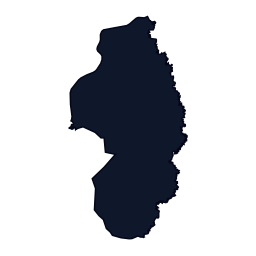 General Alvear, Corrientes, Argentina, rotated 178°
{"feature_id": "61730980B3479013569835", "entity_name": "General Alvear", "entity_type": "district", "adm_level": 2, "iso_a3": "ARG", "parent_name": "Argentina", "parent_adm1": "Corrientes", "projection": "mercator", "projection_center": [-56.591, -28.773], "detail": "fine", "context": "isolated", "style": "filled", "palette": "ink", "viewbox_px": 256, "rotation_deg": 178, "n_neighbors": 0, "source": "geoboundaries", "source_scale": "gbopen_adm2", "svg_char_len": 5646}
<svg xmlns="http://www.w3.org/2000/svg" viewBox="0 0 256 256"><g transform="rotate(178 128 128)"><path d="M115.6,18.5L116.3,19.1L115.6,20.1L115.8,21.1L115.6,21.5L114.2,21.3L111.7,21.8L111.0,23.3L111.0,23.7L111.9,23.7L111.8,24.9L111.4,25.1L110.7,24.5L109.9,24.7L110.4,25.4L110.3,26.0L109.1,26.7L109.1,27.2L108.4,27.8L108.7,28.6L108.5,29.5L106.9,28.6L104.7,30.3L105.2,31.6L105.1,32.4L105.8,32.7L104.4,35.8L102.5,37.7L101.2,37.0L100.4,37.9L100.3,41.9L99.8,43.5L100.0,44.2L101.7,45.5L102.5,45.5L102.9,46.3L100.5,47.2L101.3,48.2L102.2,47.8L102.9,48.5L101.7,51.1L100.3,50.9L99.6,51.8L99.8,52.3L100.7,52.0L101.5,52.2L98.1,53.9L97.9,53.4L98.7,52.8L97.9,52.6L97.0,53.6L96.4,53.3L96.3,52.7L97.4,52.5L96.4,51.7L95.7,53.1L95.9,53.8L95.4,53.9L95.1,53.4L95.2,52.7L92.7,52.1L92.3,52.4L92.3,53.2L91.8,53.3L91.3,52.8L91.0,53.3L90.9,53.8L91.6,54.5L91.1,54.7L91.0,55.4L90.3,54.7L89.7,55.2L89.6,55.6L90.2,55.9L89.6,56.2L88.0,56.1L87.1,56.7L86.8,57.3L87.1,57.3L87.0,58.1L86.4,58.5L86.0,58.2L85.4,59.2L85.0,59.0L85.2,58.5L84.6,58.2L83.0,58.9L84.7,61.9L83.9,62.3L83.5,62.0L82.9,62.7L83.7,64.1L83.3,64.2L83.5,64.7L82.7,65.0L82.5,64.5L81.8,65.0L80.9,64.9L80.6,65.2L81.2,66.3L80.0,66.7L79.8,67.2L81.8,69.5L81.3,70.8L80.6,71.0L80.6,72.5L81.4,72.4L81.5,72.8L82.9,73.2L83.1,73.9L82.9,74.3L82.2,74.4L81.4,75.9L81.5,77.4L80.9,78.7L81.3,79.5L81.2,81.1L79.9,80.5L78.6,81.4L78.4,81.7L78.9,82.0L78.9,82.8L78.4,83.6L80.0,84.2L80.1,84.8L81.4,84.9L82.0,85.4L81.4,86.5L82.8,87.1L82.9,87.6L82.3,87.9L82.5,88.9L83.5,89.0L84.3,89.7L84.5,91.9L85.2,92.2L85.9,91.6L86.6,91.6L86.5,92.5L87.3,92.1L87.4,92.9L88.1,93.0L88.0,93.5L86.4,94.2L85.4,95.4L85.2,96.8L84.8,97.3L84.9,98.2L84.2,98.4L84.0,99.0L84.0,99.9L84.5,100.4L84.4,102.4L83.5,103.4L80.7,102.6L80.9,101.6L81.6,102.1L82.3,101.6L82.6,101.2L82.3,100.6L80.5,100.8L79.3,101.5L79.4,101.9L79.9,101.8L79.4,102.5L78.2,103.0L78.2,103.4L79.4,102.9L80.2,103.1L80.3,103.5L78.5,104.2L79.2,104.8L79.0,105.4L77.6,106.3L77.9,105.0L76.6,104.8L76.3,106.5L76.9,107.1L76.5,107.5L75.2,107.5L75.0,107.8L75.6,108.7L75.1,109.1L74.3,108.9L74.2,109.5L73.6,110.0L72.6,109.6L72.6,110.2L73.9,110.7L72.5,111.0L71.8,112.3L71.4,112.2L71.5,113.0L72.1,113.1L72.0,113.5L71.1,113.6L70.0,113.2L69.9,113.6L70.7,113.9L70.8,114.7L71.2,115.1L71.0,115.4L70.4,114.8L70.0,114.9L70.6,116.3L70.5,116.7L69.5,116.6L69.2,118.0L69.7,118.7L71.3,118.1L70.8,119.7L71.9,119.9L71.7,119.1L72.1,119.0L72.7,119.6L73.9,119.6L73.6,120.8L75.0,121.2L74.7,122.7L73.9,123.5L74.0,124.0L75.1,123.9L75.3,124.2L74.3,125.2L74.3,125.6L75.1,125.9L75.0,126.3L75.5,126.9L75.4,127.3L73.4,127.1L72.9,128.1L72.1,128.0L71.5,128.6L71.2,127.6L70.7,127.9L70.6,128.6L70.7,129.5L71.8,129.8L73.1,131.6L72.9,132.1L72.3,132.3L72.4,132.7L73.6,133.2L73.0,133.6L72.7,134.5L73.5,134.6L73.8,135.8L73.4,136.6L71.8,136.4L71.2,136.8L71.6,137.5L71.6,138.6L70.6,140.3L70.7,140.7L72.1,141.4L72.1,142.9L71.5,143.6L71.1,142.6L70.7,142.6L70.2,143.4L70.9,144.5L71.9,144.6L72.7,145.5L72.6,146.0L71.7,146.2L71.4,146.6L71.6,147.6L73.5,147.9L73.7,150.9L74.5,150.8L75.6,148.9L76.0,148.9L76.2,149.4L76.2,149.9L75.3,150.1L75.7,150.8L75.7,151.5L75.2,152.2L75.8,152.2L75.7,154.6L76.6,154.9L76.6,155.3L75.7,155.9L75.0,156.9L74.9,158.0L76.2,157.2L76.7,157.4L76.3,158.3L76.8,159.1L76.6,159.5L76.0,159.2L75.8,159.5L76.2,160.2L75.6,160.5L75.7,161.0L76.9,161.9L77.9,163.4L78.8,163.1L79.7,163.7L79.3,166.0L79.6,166.5L81.8,166.7L82.0,167.1L81.7,167.8L81.9,168.9L80.4,169.7L80.6,169.0L80.2,168.7L79.7,169.5L80.1,170.3L79.2,171.0L79.5,172.0L80.7,172.4L81.6,174.0L80.8,176.5L80.9,178.2L83.0,178.1L83.6,179.1L83.5,180.8L84.2,181.5L84.0,182.0L81.7,183.2L81.8,184.2L83.1,184.1L83.3,184.5L82.7,185.7L82.0,185.5L81.7,186.3L81.7,186.8L83.0,186.7L83.2,187.1L82.8,188.3L81.7,189.3L81.7,189.7L82.1,189.9L83.0,189.0L84.1,189.0L85.5,190.2L85.5,191.5L86.1,191.1L85.9,190.3L86.3,189.9L86.9,189.8L87.0,191.2L87.4,191.4L87.9,190.3L88.3,190.5L88.2,191.4L87.3,191.9L87.7,194.2L87.5,194.8L87.1,195.1L86.5,194.2L85.7,195.3L85.8,196.1L86.3,196.3L86.6,195.7L87.1,195.8L86.9,197.3L88.5,198.9L87.4,199.9L87.6,200.6L88.5,200.9L88.6,202.2L90.8,201.2L91.8,201.7L92.1,200.9L93.7,200.4L95.8,201.2L95.9,201.9L95.1,202.2L95.1,202.7L95.8,202.8L96.4,202.2L96.9,202.7L96.4,203.2L95.1,203.3L94.8,204.0L95.0,204.6L96.1,205.3L96.3,208.3L97.5,208.4L96.5,210.5L97.9,210.7L98.0,211.3L96.7,213.0L96.6,215.3L96.9,215.8L101.9,216.5L102.5,217.7L102.4,218.4L102.9,218.7L104.1,218.3L103.9,219.4L102.6,219.6L102.5,220.2L103.9,221.0L104.9,222.3L104.6,222.9L103.3,222.7L102.9,223.0L103.9,224.3L103.5,225.3L99.4,225.2L98.3,227.4L98.5,228.5L97.8,229.6L97.9,230.3L98.5,231.0L100.0,230.8L100.3,231.3L100.1,231.8L99.4,231.9L97.5,231.5L97.0,231.7L96.8,232.5L97.7,233.5L99.4,233.1L101.4,233.5L101.8,234.4L102.8,234.7L104.6,238.7L107.9,237.5L113.4,238.1L114.8,237.9L116.2,237.2L122.8,231.9L125.6,230.4L148.7,227.0L150.3,226.0L151.1,225.0L152.3,222.2L152.4,217.1L153.1,214.8L155.6,210.3L156.2,208.0L155.6,206.0L152.4,202.7L151.4,200.8L151.6,197.0L153.0,193.4L157.2,187.4L158.4,186.2L160.7,184.8L167.2,182.5L173.3,179.6L175.8,177.6L183.3,168.8L184.5,165.1L184.6,153.4L183.5,141.3L184.0,138.7L184.7,137.1L183.2,136.2L182.1,134.1L182.6,133.3L183.9,133.5L184.3,133.2L184.6,132.7L184.1,131.3L184.7,131.5L186.8,130.1L186.7,129.7L185.3,129.9L184.7,128.9L183.2,128.9L182.2,130.2L182.5,130.7L181.9,130.9L181.6,130.2L181.0,130.3L181.1,129.8L180.6,129.4L180.5,128.5L180.3,128.8L179.8,128.5L178.3,129.4L172.9,130.8L161.0,124.8L155.3,119.1L152.2,119.0L151.4,104.6L141.5,102.1L153.2,89.6L165.5,78.6L162.5,68.8L164.4,47.3L160.0,41.4L155.8,37.4L153.1,28.3L149.3,24.6L147.3,21.3L138.9,18.6L130.6,17.3L127.8,17.4L121.9,19.7L119.3,18.6L117.0,18.5L116.4,18.1L115.6,18.5Z" fill="#0f172a" stroke="#020617" stroke-width="1.5"/></g></svg>